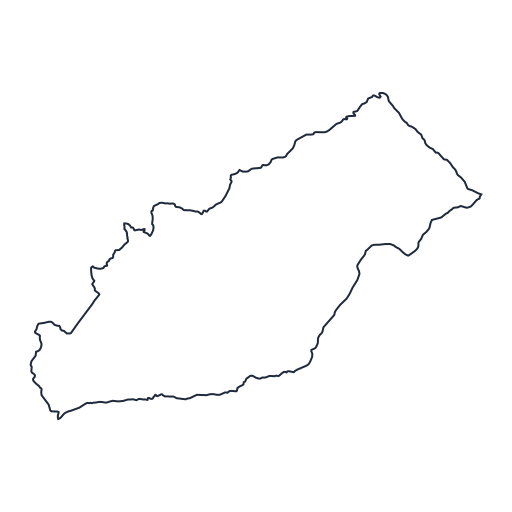 the district of Florencia, Cauca, Colombia
{"feature_id": "7082276B30849628494153", "entity_name": "Florencia", "entity_type": "district", "adm_level": 2, "iso_a3": "COL", "parent_name": "Colombia", "parent_adm1": "Cauca", "projection": "mercator", "projection_center": [-77.092, 1.698], "detail": "fine", "context": "isolated", "style": "outline", "palette": "slate", "viewbox_px": 512, "rotation_deg": 0, "n_neighbors": 0, "source": "geoboundaries", "source_scale": "gbopen_adm2", "svg_char_len": 6009}
<svg xmlns="http://www.w3.org/2000/svg" viewBox="0 0 512 512"><path d="M385.6,94.1L382.9,93.0L380.1,93.0L379.5,93.3L379.2,94.1L380.6,96.7L379.7,97.7L377.6,97.3L374.8,95.7L373.4,95.4L373.0,95.6L372.0,97.0L368.2,98.5L366.6,102.1L364.3,103.5L362.4,104.0L361.7,104.7L360.1,106.7L357.4,110.8L356.4,111.3L353.8,111.8L353.4,112.1L353.4,113.1L355.2,115.3L355.0,115.8L349.0,116.1L346.5,116.7L346.2,117.5L347.2,118.5L347.0,119.1L346.2,119.4L344.4,119.0L343.4,119.3L341.8,121.4L341.1,122.0L339.8,122.8L336.9,123.7L336.2,124.1L329.2,130.1L326.8,131.6L324.3,132.3L315.6,132.1L314.1,132.7L313.5,134.0L313.1,134.3L310.8,134.6L306.3,134.6L297.2,139.6L295.9,140.6L295.3,141.5L294.3,145.1L293.1,147.8L292.3,148.9L287.1,154.0L286.1,156.0L285.4,156.7L283.0,157.5L277.6,157.4L272.4,159.0L271.4,160.0L270.6,162.2L268.6,164.4L266.6,165.3L264.2,165.2L263.6,165.0L262.5,165.2L261.1,167.5L260.4,167.9L252.3,168.6L250.8,169.3L248.1,171.3L246.8,171.6L242.7,171.6L239.5,170.0L237.6,172.6L236.1,173.5L233.9,174.3L231.4,174.8L230.8,175.5L230.8,177.9L230.3,179.5L231.6,181.2L231.2,182.6L230.1,184.6L229.4,188.3L225.6,195.8L223.4,199.2L221.7,201.7L221.0,202.3L216.2,204.4L212.8,207.4L209.4,208.7L206.9,211.6L206.2,211.6L204.9,210.7L204.0,210.6L203.5,211.0L202.5,213.3L201.8,214.1L201.3,214.1L198.7,212.0L197.5,211.5L195.3,211.5L193.4,210.9L190.2,210.3L184.5,210.2L183.7,210.0L182.1,208.6L179.9,207.4L176.0,206.9L175.3,206.2L174.9,204.6L173.9,203.8L173.0,203.5L169.5,203.7L167.3,203.3L165.4,203.4L161.9,202.7L159.3,203.0L158.1,204.1L154.1,205.9L153.3,207.2L152.9,210.0L152.6,210.6L151.9,210.7L151.4,211.4L151.4,212.8L152.4,215.3L152.7,217.1L152.7,219.2L152.2,222.8L152.2,224.2L153.0,225.0L153.4,226.0L153.5,227.8L153.1,230.4L151.3,234.3L150.0,235.9L149.6,235.8L148.0,234.0L146.8,233.2L143.7,232.0L143.6,231.3L144.6,230.1L144.5,229.1L143.3,229.2L141.8,229.9L140.7,229.9L139.0,229.5L134.9,230.4L134.2,230.0L133.3,228.0L132.6,227.5L131.2,227.5L130.0,225.6L128.4,224.1L126.6,223.6L124.3,223.4L124.1,225.1L124.6,226.8L124.4,229.0L125.5,230.1L126.8,232.2L127.2,236.3L127.6,237.5L127.4,238.4L127.9,239.8L128.0,241.3L127.3,242.3L124.4,244.6L121.8,247.8L120.1,249.0L119.8,249.6L119.1,250.0L115.5,250.3L115.2,250.6L114.9,251.2L114.6,252.6L113.2,254.7L113.2,256.5L113.0,257.4L112.4,258.1L110.9,258.4L109.9,259.0L109.5,259.3L109.1,260.7L107.0,262.3L106.6,264.0L107.1,265.3L107.0,265.7L104.5,266.3L103.3,268.1L100.4,268.8L97.9,268.6L94.0,267.6L92.8,266.4L92.1,266.7L91.1,267.8L91.1,270.7L91.6,275.5L92.5,278.5L94.3,280.8L93.9,281.7L92.5,283.5L92.3,284.4L94.5,287.6L94.9,289.0L94.8,290.3L95.1,290.7L98.7,293.3L99.3,294.3L99.1,294.9L94.6,300.4L92.2,304.2L77.7,323.5L71.1,332.9L70.5,333.3L69.0,333.5L66.7,333.4L63.9,330.8L62.2,330.6L61.3,330.0L60.5,329.0L60.1,327.1L59.3,325.9L57.2,325.7L54.5,324.8L52.4,322.5L50.6,321.7L48.6,321.8L44.6,322.8L38.7,323.7L38.2,324.2L37.3,326.0L36.5,329.2L34.9,331.7L35.1,332.6L35.5,333.0L39.2,335.0L39.9,335.7L39.8,338.6L40.1,340.2L41.3,343.1L41.5,344.8L41.2,346.6L40.2,349.0L39.7,349.8L38.1,351.1L36.1,351.7L35.6,355.7L31.4,361.3L30.7,364.6L30.8,365.5L31.5,366.4L31.7,367.3L31.3,371.4L32.0,372.6L34.5,374.5L35.0,375.6L34.7,376.8L33.1,378.9L33.1,380.1L33.8,381.3L36.1,383.7L38.9,385.9L40.1,387.7L41.2,388.4L41.6,389.4L41.2,392.2L41.6,395.2L48.7,404.7L50.3,410.5L51.4,411.3L57.8,411.6L58.5,411.9L58.6,412.9L57.9,415.4L57.8,416.9L58.2,419.0L59.7,418.4L61.1,417.2L64.0,413.8L65.5,412.7L68.6,411.3L70.4,410.9L79.3,407.7L85.7,403.6L87.0,403.0L87.8,402.9L88.8,403.2L90.3,402.8L92.0,403.2L93.4,402.7L96.1,402.5L99.2,401.9L102.0,402.0L106.0,402.7L112.4,400.8L118.4,401.4L123.0,401.0L127.6,399.6L133.2,399.3L136.4,400.2L138.7,399.0L139.7,398.9L143.4,399.5L145.1,399.4L147.5,399.9L148.1,398.0L149.0,398.0L151.0,398.9L152.4,398.7L153.2,397.9L153.6,396.7L154.6,396.1L155.2,394.8L155.6,394.8L157.0,396.1L157.6,396.1L161.3,394.3L162.0,394.3L163.3,395.5L165.0,396.4L168.5,396.4L169.6,396.6L173.0,396.5L174.0,396.8L176.6,398.2L185.6,399.3L187.2,398.6L189.8,398.2L196.9,394.8L206.5,395.2L209.6,394.3L211.6,394.1L213.7,394.2L217.0,394.8L218.6,394.8L220.0,394.7L225.1,392.4L227.6,392.7L228.6,391.6L230.1,391.0L231.5,390.9L236.1,391.3L236.6,391.1L237.0,390.4L237.5,387.9L239.1,386.8L242.9,384.9L243.5,384.2L243.7,382.3L245.1,381.6L246.4,378.7L250.1,376.0L250.9,375.7L252.9,375.9L255.8,377.7L258.8,378.6L260.1,378.6L262.4,377.5L265.5,377.5L269.6,375.9L274.3,376.2L276.1,375.7L278.3,376.0L279.2,375.7L281.2,373.8L283.8,371.9L285.1,371.9L286.6,372.4L287.4,371.4L288.7,371.2L293.8,372.2L294.9,371.0L297.1,369.7L306.8,365.5L308.2,364.5L309.2,363.4L310.6,360.6L312.1,357.0L312.3,354.7L312.3,353.7L311.3,351.2L311.4,349.9L315.2,348.2L316.2,346.9L317.8,343.1L318.1,337.9L319.7,335.0L321.8,333.0L322.4,331.8L323.5,327.2L334.3,314.9L334.9,312.0L336.0,310.1L340.1,304.9L346.6,298.6L349.5,294.1L352.6,287.6L357.3,280.1L359.4,274.2L359.4,273.2L359.0,271.2L357.6,268.1L357.2,266.2L357.7,264.7L360.8,259.8L364.0,255.8L365.0,254.2L365.8,250.8L367.0,250.0L371.6,245.6L374.0,244.8L379.6,244.7L384.6,244.1L390.1,244.0L394.0,245.5L395.5,246.8L399.4,248.9L402.7,252.2L405.3,254.3L407.8,255.5L408.6,255.5L414.3,251.5L416.4,249.6L417.9,247.6L418.4,245.9L418.4,242.9L419.1,241.5L421.2,238.9L422.9,234.8L426.3,232.0L428.7,229.1L429.5,227.7L430.6,222.8L432.0,219.9L441.2,217.5L445.9,213.7L447.7,212.9L449.5,211.0L452.5,208.9L452.9,208.3L454.1,207.7L457.6,207.4L460.8,206.0L466.4,207.7L468.1,207.5L470.8,206.5L472.9,204.4L476.4,200.3L477.8,199.3L479.3,198.7L479.6,198.4L479.9,196.5L481.3,194.4L478.2,193.3L472.1,190.2L468.1,189.0L467.4,188.4L464.8,181.9L461.0,177.5L457.8,175.0L456.8,173.4L456.4,171.9L455.3,169.7L452.6,166.8L450.2,163.1L446.9,159.8L444.1,159.4L443.5,158.9L438.6,153.3L437.4,152.6L435.7,152.6L432.9,149.1L429.6,147.6L426.6,145.1L425.4,143.4L424.6,140.3L423.7,139.2L422.5,138.3L421.5,135.3L421.0,134.5L417.6,131.9L415.5,129.1L411.9,126.7L409.8,126.1L408.3,125.3L406.7,122.9L404.7,121.6L403.0,119.8L402.1,118.7L399.0,112.9L394.2,108.1L393.0,106.0L389.2,101.6L388.7,100.8L387.9,96.8L386.9,95.4L385.6,94.1Z" fill="none" stroke="#1e293b" stroke-width="2"/></svg>